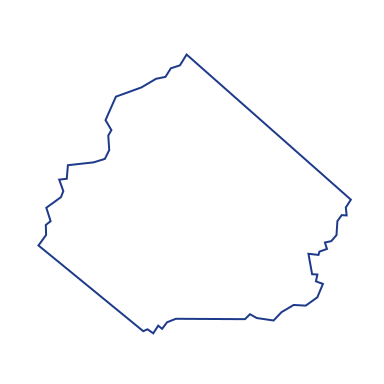 Goliad, Texas, United States of America (Equal Earth projection), rotated 85°
{"feature_id": "52423323B85181165620653", "entity_name": "Goliad", "entity_type": "district", "adm_level": 2, "iso_a3": "USA", "parent_name": "United States of America", "parent_adm1": "Texas", "projection": "equal_earth", "projection_center": [-97.401, 28.657], "detail": "fine", "context": "isolated", "style": "outline", "palette": "blue", "viewbox_px": 384, "rotation_deg": 85, "n_neighbors": 0, "source": "geoboundaries", "source_scale": "gbopen_adm2", "svg_char_len": 811}
<svg xmlns="http://www.w3.org/2000/svg" viewBox="0 0 384 384"><g transform="rotate(85 192 192)"><path d="M54.6,185.4L64.8,193.0L66.9,202.3L75.0,208.4L76.1,218.0L83.4,233.3L90.4,259.5L112.9,271.9L123.3,266.9L128.5,270.5L143.0,270.8L151.4,275.9L153.9,287.5L154.5,313.3L167.9,315.6L168.1,323.2L179.9,320.1L185.7,323.0L195.0,338.5L208.7,335.4L212.1,340.5L222.1,341.1L231.9,349.6L326.4,252.7L324.9,248.3L329.4,242.9L322.2,237.3L325.7,233.7L319.6,228.2L316.9,219.1L323.3,150.3L318.8,144.9L323.2,138.5L327.1,121.9L319.5,113.3L313.4,100.6L315.1,88.6L307.8,76.3L295.0,69.6L291.8,76.3L285.1,74.3L284.4,79.5L263.7,81.4L265.7,71.5L262.5,70.3L260.5,62.5L253.9,64.0L253.1,57.6L247.5,51.8L233.7,49.7L228.1,44.9L228.8,40.0L220.8,40.1L213.5,34.4L144.3,100.1L54.6,185.4Z" fill="none" stroke="#1e3a8a" stroke-width="2"/></g></svg>